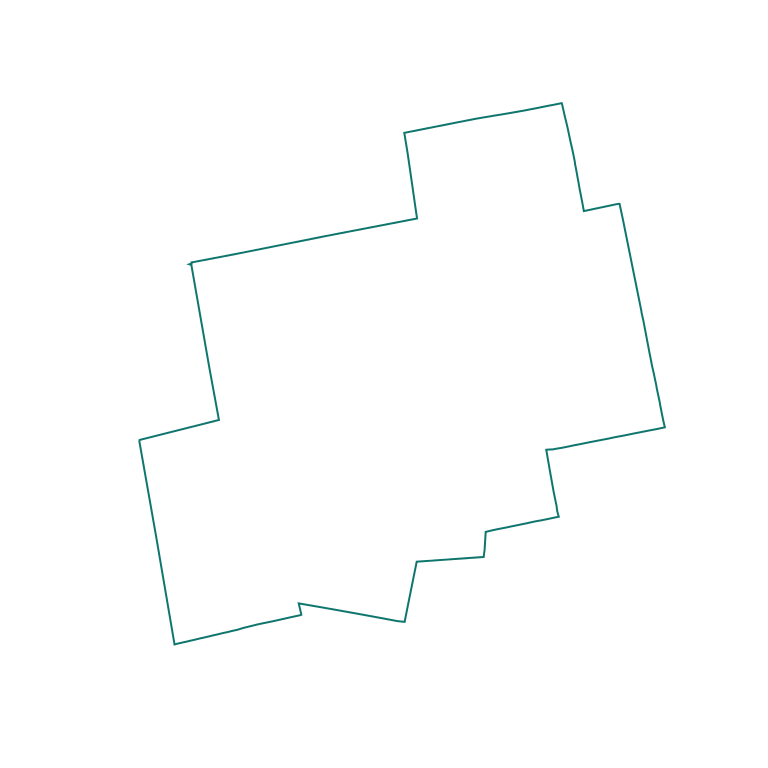 the district of Macesu De Sus, Dolj, Romania, rotated 342°
{"feature_id": "2599482B16695169082861", "entity_name": "Macesu De Sus", "entity_type": "district", "adm_level": 2, "iso_a3": "ROU", "parent_name": "Romania", "parent_adm1": "Dolj", "projection": "equal_earth", "projection_center": [23.726, 43.926], "detail": "fine", "context": "isolated", "style": "outline", "palette": "teal", "viewbox_px": 768, "rotation_deg": 342, "n_neighbors": 0, "source": "geoboundaries", "source_scale": "gbopen_adm2", "svg_char_len": 2290}
<svg xmlns="http://www.w3.org/2000/svg" viewBox="0 0 768 768"><g transform="rotate(342 384 384)"><path d="M637.7,512.0L637.8,511.4L638.2,506.0L639.3,496.3L640.1,489.8L640.6,486.6L641.7,476.0L642.2,471.4L642.5,469.8L643.3,462.3L643.9,457.0L644.6,448.7L645.1,445.2L645.4,442.8L646.0,437.4L650.3,403.4L650.9,396.6L651.3,394.3L662.1,300.9L663.7,285.5L663.5,285.3L660.3,284.8L638.8,282.5L633.0,281.9L630.3,281.6L627.5,281.3L628.7,272.4L629.3,267.5L629.9,262.7L630.2,259.7L631.4,251.5L631.8,248.2L632.5,243.3L633.4,236.4L633.6,234.1L634.1,231.9L634.4,229.3L634.7,227.1L635.4,220.7L635.6,218.5L636.0,214.4L636.2,211.6L636.8,206.2L637.1,203.4L637.8,196.7L638.3,190.5L638.6,186.1L639.8,173.2L639.8,171.8L637.9,171.6L632.7,171.0L625.7,170.1L617.0,169.1L613.4,168.7L608.9,168.1L602.3,167.3L595.8,166.4L586.0,165.0L584.0,164.7L582.0,164.4L577.2,163.7L572.3,162.9L563.9,161.7L561.7,161.3L558.0,160.8L554.0,160.2L535.2,157.9L480.9,151.4L477.8,171.7L473.4,197.3L468.2,227.2L466.6,236.8L395.3,227.9L370.2,224.8L284.4,214.7L238.5,208.9L238.3,210.0L235.9,210.0L237.1,210.9L237.6,211.1L222.8,315.4L215.9,367.2L134.3,361.7L133.6,363.0L120.1,459.0L112.5,511.0L104.3,567.0L106.9,567.1L108.3,567.2L110.9,567.5L112.9,567.6L115.1,567.9L117.8,568.1L120.3,568.3L122.7,568.5L125.8,568.8L128.9,569.0L131.5,569.2L134.0,569.5L136.8,569.7L138.9,569.9L141.3,570.1L143.1,570.2L145.2,570.4L147.3,570.6L149.7,570.8L152.2,571.0L155.0,571.2L156.8,571.4L158.4,571.6L159.8,571.7L161.9,571.8L164.1,572.0L166.2,572.2L168.3,572.4L170.7,572.5L174.2,572.5L179.8,572.9L190.8,573.7L205.9,575.4L222.1,576.9L233.0,578.0L234.1,577.9L235.1,566.3L253.5,576.0L290.8,595.9L310.6,606.6L323.4,613.6L330.1,616.6L339.8,599.3L360.2,563.1L425.4,579.3L426.2,577.4L428.4,572.9L435.0,556.1L443.0,556.7L443.6,556.8L445.7,557.0L450.6,557.6L456.3,558.3L460.4,558.7L464.6,559.2L469.1,559.7L477.0,560.6L480.6,560.9L487.0,561.6L490.9,562.2L497.9,563.0L505.4,563.8L509.2,564.2L509.3,561.1L509.5,558.0L510.4,553.5L512.0,539.2L514.5,521.0L516.4,507.7L518.0,496.7L520.2,497.2L524.5,498.4L528.0,498.8L533.0,499.6L540.6,500.5L545.7,501.0L550.2,501.6L555.4,502.2L559.8,502.7L567.2,503.6L575.2,504.6L580.7,505.3L586.9,505.9L597.4,507.3L604.7,508.1L622.2,510.2L626.2,510.7L629.3,511.1L633.9,511.6L637.7,512.0Z" fill="none" stroke="#0f766e" stroke-width="2"/></g></svg>